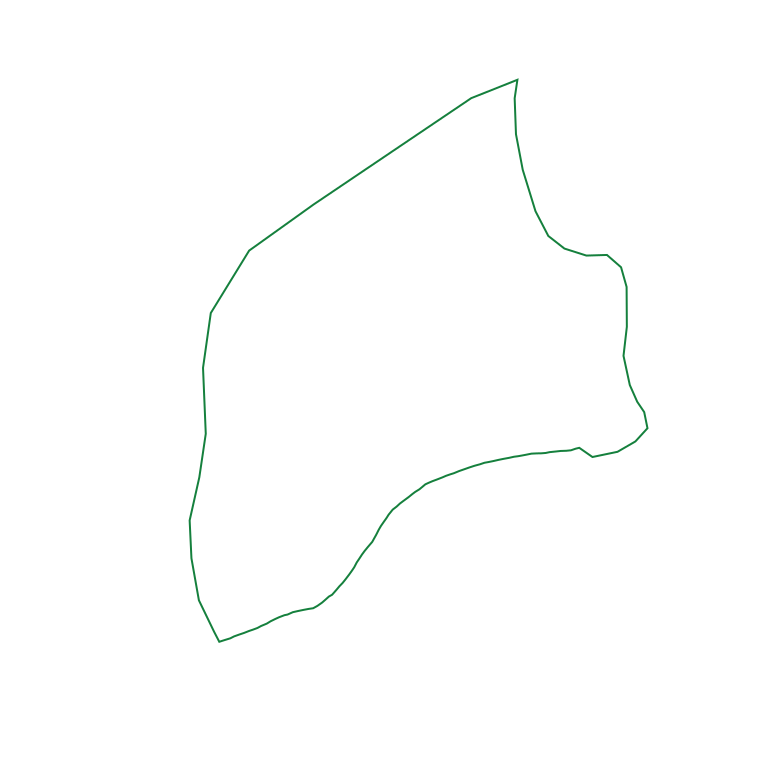 the district of Grande Riviere/White Rock, Gros Islet, Saint Lucia, rotated 56°
{"feature_id": "8701671B44431410980873", "entity_name": "Grande Riviere/White Rock", "entity_type": "district", "adm_level": 2, "iso_a3": "LCA", "parent_name": "Saint Lucia", "parent_adm1": "Gros Islet", "projection": "robinson", "projection_center": [-60.954, 14.036], "detail": "fine", "context": "isolated", "style": "outline", "palette": "green", "viewbox_px": 768, "rotation_deg": 56, "n_neighbors": 0, "source": "geoboundaries", "source_scale": "gbopen_adm2", "svg_char_len": 1629}
<svg xmlns="http://www.w3.org/2000/svg" viewBox="0 0 768 768"><g transform="rotate(56 384 384)"><path d="M206.4,103.3L195.8,151.8L195.8,248.2L195.8,292.7L195.8,342.1L198.0,421.2L228.3,487.9L269.4,525.0L325.6,559.6L358.1,589.3L388.4,621.4L420.8,641.1L459.8,658.4L494.4,663.4L505.6,664.7L507.2,659.2L508.9,653.6L509.4,649.5L510.8,644.0L512.1,639.3L513.3,633.9L514.4,629.9L515.5,625.3L515.9,621.2L517.1,615.2L517.3,610.7L518.0,605.6L518.7,601.4L520.0,595.8L521.2,592.9L522.2,587.2L524.1,582.3L526.4,576.7L528.3,572.3L530.3,568.1L530.7,563.4L530.6,557.6L530.1,553.5L529.4,548.5L529.7,544.9L528.0,538.4L526.7,533.9L525.8,529.6L524.4,525.1L522.4,519.2L520.8,514.9L519.3,511.2L516.7,506.4L514.8,501.7L513.1,497.7L511.6,493.5L510.0,488.2L508.3,482.0L506.3,478.1L504.7,474.9L501.9,469.9L500.0,466.0L498.1,461.1L496.6,457.1L494.9,453.2L493.0,447.0L492.7,442.1L492.0,437.6L491.8,433.6L491.5,426.7L491.1,422.3L490.9,418.5L491.1,413.5L490.3,405.8L490.9,402.1L491.7,398.0L492.7,393.9L494.1,387.7L494.8,383.9L496.0,379.4L497.0,376.1L498.2,370.3L499.6,365.0L500.9,360.0L502.4,354.7L504.2,349.4L505.5,344.7L507.1,341.1L509.0,336.5L510.9,331.6L512.8,327.0L515.2,321.5L517.0,316.9L518.8,313.3L520.4,309.7L522.2,305.5L524.2,300.7L527.1,295.9L529.1,292.9L531.6,288.5L533.1,284.8L536.1,279.2L538.3,275.0L541.3,270.2L543.5,266.1L544.8,261.3L546.1,257.8L561.1,252.0L570.8,228.3L572.2,207.7L568.0,190.3L552.8,184.0L540.3,184.0L522.3,180.8L494.6,169.7L472.4,150.7L439.2,128.6L419.8,122.2L401.7,127.0L390.7,144.4L372.6,158.7L353.2,165.0L325.5,161.8L284.0,149.2L250.7,134.9L220.2,115.9L206.4,103.3Z" fill="none" stroke="#15803d" stroke-width="2"/></g></svg>